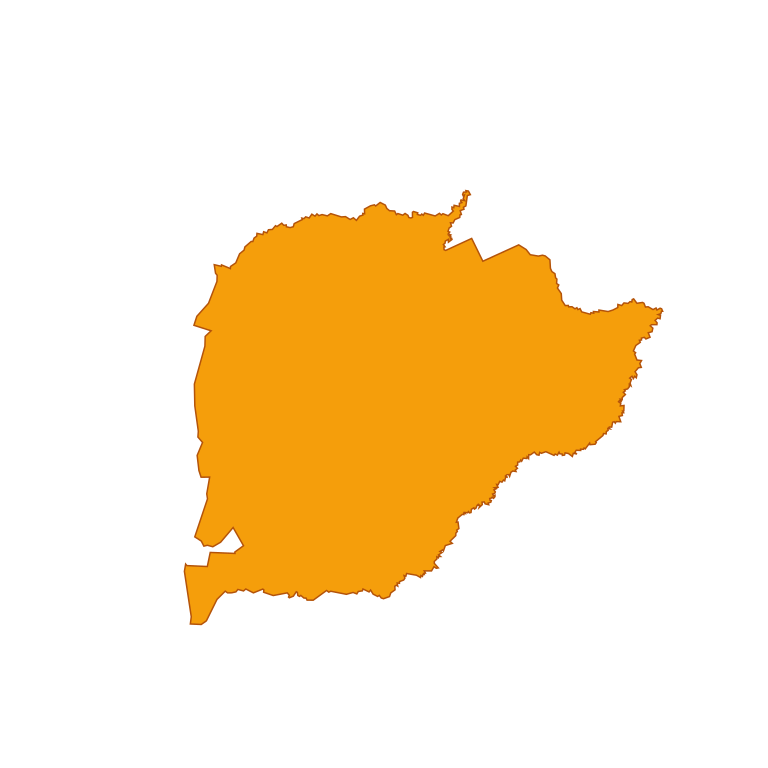 Feliciano, Entre Ríos, Argentina, rotated 153°
{"feature_id": "61730980B62856380670076", "entity_name": "Feliciano", "entity_type": "district", "adm_level": 2, "iso_a3": "ARG", "parent_name": "Argentina", "parent_adm1": "Entre Ríos", "projection": "robinson", "projection_center": [-58.86, -30.431], "detail": "fine", "context": "isolated", "style": "filled", "palette": "amber", "viewbox_px": 768, "rotation_deg": 153, "n_neighbors": 0, "source": "geoboundaries", "source_scale": "gbopen_adm2", "svg_char_len": 6171}
<svg xmlns="http://www.w3.org/2000/svg" viewBox="0 0 768 768"><g transform="rotate(153 384 384)"><path d="M481.1,567.4L483.8,559.2L483.3,556.6L486.3,551.2L503.7,535.6L520.0,529.3L526.7,522.6L513.9,509.9L521.7,507.6L526.4,499.0L553.0,470.0L562.5,450.4L570.9,426.2L573.9,421.2L572.2,414.3L582.9,405.2L588.2,390.9L589.3,384.0L581.6,380.2L591.8,366.6L593.4,361.8L622.0,333.7L618.1,327.0L618.1,321.3L614.6,320.5L610.4,316.7L601.4,317.2L583.6,324.6L582.6,303.7L593.2,302.0L593.7,300.7L615.3,312.8L624.3,301.6L642.1,311.7L642.5,313.6L646.9,307.7L661.4,264.1L665.5,258.1L656.0,252.7L649.8,253.6L630.6,267.9L619.5,271.5L618.2,268.9L614.5,267.1L610.3,266.0L607.5,267.3L603.1,263.4L600.2,264.1L595.2,257.2L585.1,256.3L584.5,255.1L585.8,253.1L578.7,245.8L565.0,241.8L564.3,238.7L565.8,237.5L565.4,236.5L561.1,236.1L556.5,238.7L555.8,237.7L556.8,234.7L555.7,233.1L554.1,233.4L552.5,229.6L550.6,228.6L550.7,226.4L545.2,223.5L528.9,226.1L527.7,223.6L525.5,223.5L513.0,213.7L506.2,212.3L503.5,209.3L501.1,210.8L497.2,209.5L495.8,210.9L491.7,205.5L489.5,206.5L489.1,201.7L486.1,197.6L484.2,197.8L483.6,194.6L481.9,192.9L475.6,192.1L472.8,194.8L467.6,195.6L466.2,198.9L464.4,199.1L463.5,197.7L462.6,200.7L460.7,199.4L459.9,200.9L455.5,200.4L453.5,201.5L453.1,204.2L451.8,202.8L449.9,204.9L441.9,198.9L439.3,195.0L438.1,196.6L437.1,195.1L435.9,196.5L434.7,196.0L434.7,197.2L432.9,196.7L433.0,199.2L426.5,195.9L422.4,198.5L421.1,196.1L419.1,195.5L420.6,201.4L419.7,203.1L416.3,204.1L415.4,206.0L414.5,204.5L413.7,205.5L412.0,204.7L413.0,207.0L408.8,207.5L410.2,209.4L407.0,209.6L406.8,208.3L402.7,212.2L395.5,211.0L396.6,213.9L388.9,216.3L387.7,218.5L385.6,219.3L385.6,220.8L382.9,221.2L380.7,227.4L382.3,228.0L379.0,231.1L373.5,232.3L372.1,231.4L371.6,232.7L370.4,231.7L370.4,232.9L367.9,231.3L366.7,232.0L366.3,230.3L364.8,230.0L363.0,232.7L360.1,232.9L360.2,231.5L358.5,231.6L356.2,233.6L354.9,233.1L354.8,234.6L353.8,232.3L355.3,230.7L351.2,231.9L350.3,234.2L348.2,233.4L348.3,231.3L345.5,228.9L345.2,230.7L342.5,230.2L341.3,231.4L342.3,232.3L341.8,234.0L339.1,233.4L339.2,234.7L338.3,232.4L336.3,233.2L335.6,234.5L337.2,234.6L337.2,236.7L335.0,236.3L333.8,237.3L334.1,239.8L331.5,239.7L332.6,241.4L329.3,240.2L329.2,243.4L328.0,242.5L325.1,244.7L323.4,243.0L321.2,244.2L320.4,242.9L317.7,246.0L316.2,244.6L317.5,246.9L315.6,247.4L313.9,246.5L314.0,244.7L311.0,247.7L308.8,248.0L306.1,246.1L306.0,247.8L303.4,248.3L304.2,251.0L301.7,251.1L300.4,253.7L298.4,253.0L296.7,254.2L296.4,252.7L293.6,254.7L290.6,252.8L289.5,254.2L289.0,252.0L287.1,255.3L285.7,254.4L281.0,255.1L280.0,251.6L278.2,250.2L276.3,252.4L275.2,250.8L270.5,250.2L264.9,243.2L263.3,243.9L261.8,241.9L259.0,243.8L259.1,242.1L257.0,240.6L257.5,239.4L255.4,238.7L253.9,240.4L251.2,238.3L249.1,233.9L246.8,236.3L243.9,234.0L245.0,236.4L242.8,237.7L238.9,235.5L238.4,236.7L236.0,235.3L234.8,236.1L234.2,234.8L227.6,238.0L228.0,236.4L223.2,234.5L221.4,235.5L221.6,236.6L212.3,238.7L210.9,240.2L208.7,238.7L207.5,240.7L205.4,240.9L204.8,242.7L203.1,241.5L203.7,243.0L202.8,243.4L200.7,242.2L197.7,246.1L196.0,245.9L195.7,244.1L194.2,245.1L190.2,242.9L189.4,248.5L185.9,247.7L185.2,250.2L183.5,249.6L183.7,251.6L182.5,251.2L179.9,255.9L183.4,257.2L181.8,259.3L183.1,261.7L181.6,262.4L180.8,260.7L179.7,261.4L180.2,263.1L178.7,262.2L177.9,263.8L173.7,265.0L174.5,268.0L172.2,268.3L172.4,269.8L169.2,269.0L166.6,270.2L165.6,272.2L164.8,270.4L164.3,273.1L161.5,275.7L162.4,277.7L159.5,278.3L159.4,275.6L157.1,277.1L156.4,275.0L154.4,277.4L154.7,281.0L149.9,283.0L147.2,282.0L146.8,286.1L143.9,288.0L147.7,290.5L147.1,296.9L145.6,297.6L146.8,300.2L142.1,304.0L136.7,304.8L136.6,307.0L134.6,306.3L133.8,308.0L130.9,307.4L130.2,305.2L125.7,304.9L125.3,309.7L121.4,308.9L119.1,311.7L120.4,315.0L118.7,315.4L113.9,313.0L112.9,314.5L113.6,317.6L110.3,318.5L108.4,316.8L106.5,319.6L108.2,321.4L105.4,321.0L103.7,322.8L102.7,322.3L102.5,325.0L103.6,326.2L107.2,326.0L107.1,328.2L110.5,328.2L113.6,332.9L116.1,333.9L115.7,337.9L116.6,339.3L122.0,341.1L122.9,346.5L124.5,346.6L126.0,344.6L127.4,345.7L129.9,345.0L133.4,347.3L136.6,346.0L139.5,348.7L141.0,346.0L146.5,346.0L151.4,346.8L158.9,352.3L159.8,350.6L164.5,353.5L165.0,351.9L167.3,353.6L168.5,352.5L175.1,358.5L175.1,362.2L177.4,362.3L177.5,364.4L179.7,364.3L181.4,367.5L184.4,368.9L184.1,370.3L186.9,371.6L187.6,378.0L185.0,384.1L185.9,390.8L183.3,392.9L184.6,395.2L182.3,399.0L182.9,400.7L181.6,404.7L183.4,408.0L183.2,411.5L179.8,419.3L182.2,424.9L184.3,426.8L188.4,427.9L195.0,432.8L196.3,439.3L200.8,446.8L240.2,448.5L239.8,473.9L268.4,475.0L269.5,476.4L268.5,478.8L267.3,478.5L267.8,481.3L265.6,481.8L264.5,483.5L261.1,483.7L262.2,481.1L257.8,481.9L257.6,483.1L258.9,483.3L257.9,484.7L259.0,484.7L257.5,485.4L258.6,486.6L257.0,486.7L258.7,488.5L256.5,489.5L257.7,490.9L255.2,493.4L252.2,493.9L251.6,497.5L249.3,496.1L246.3,498.3L240.9,498.0L239.5,500.2L238.1,499.9L237.4,503.9L233.4,503.4L233.0,505.4L230.2,505.5L224.2,514.1L221.1,513.5L221.2,517.6L223.2,519.1L223.4,517.7L226.1,518.8L227.9,517.2L228.0,515.8L226.5,515.9L229.3,513.1L228.9,510.8L231.8,513.0L232.7,512.2L232.3,510.3L234.8,510.8L236.2,507.9L240.4,511.4L241.8,509.4L243.1,510.8L244.2,508.7L243.7,506.6L250.4,504.8L254.2,509.0L256.2,508.6L257.1,510.9L262.1,510.5L270.2,517.9L272.4,516.5L273.2,518.3L274.9,517.7L277.3,519.9L276.2,521.2L279.4,524.3L280.7,524.1L283.0,519.5L284.7,519.7L286.3,521.1L286.1,523.4L287.8,526.4L290.6,525.9L294.3,529.6L296.1,529.3L296.0,533.3L300.4,535.9L301.8,539.1L301.6,542.8L305.0,547.5L310.6,546.4L311.2,548.0L315.1,548.9L322.0,548.7L324.0,544.5L325.5,545.6L326.1,544.1L329.6,544.6L334.3,542.3L335.8,546.0L339.5,546.0L342.3,550.6L346.1,552.2L354.1,560.0L358.1,559.5L362.3,563.1L365.6,563.6L366.5,566.0L369.3,564.9L371.2,568.1L375.3,565.9L377.9,568.5L380.2,567.7L381.9,569.1L382.1,567.6L391.2,567.7L393.4,565.3L396.7,566.0L399.6,568.4L398.9,570.1L401.3,570.9L402.1,573.7L407.9,572.9L408.8,574.3L413.3,572.4L416.9,573.9L419.7,571.8L422.1,574.3L424.1,572.1L428.8,575.9L430.3,573.5L433.5,573.0L436.2,570.5L437.6,571.3L445.7,569.3L447.9,566.8L453.5,565.6L461.1,559.2L467.4,558.4L468.5,556.6L474.7,563.9L475.5,562.7L481.1,567.4Z" fill="#f59e0b" stroke="#b45309" stroke-width="1.5"/></g></svg>